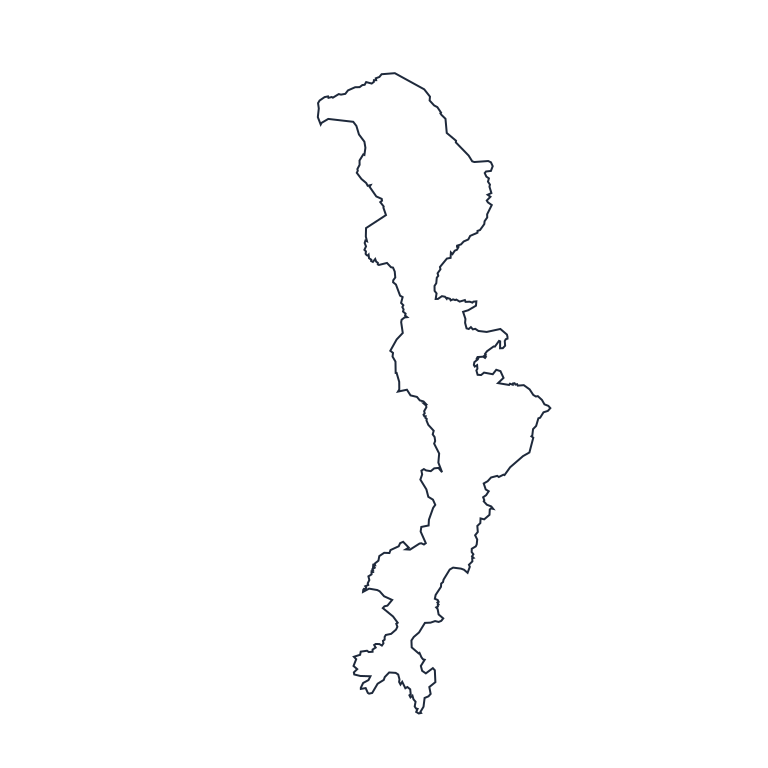 outline of Zacapala, Puebla, Mexico, rotated 301°
{"feature_id": "50627088B97591121606853", "entity_name": "Zacapala", "entity_type": "district", "adm_level": 2, "iso_a3": "MEX", "parent_name": "Mexico", "parent_adm1": "Puebla", "projection": "albers", "projection_center": [-98.077, 18.596], "detail": "fine", "context": "isolated", "style": "outline", "palette": "slate", "viewbox_px": 768, "rotation_deg": 301, "n_neighbors": 0, "source": "geoboundaries", "source_scale": "gbopen_adm2", "svg_char_len": 6166}
<svg xmlns="http://www.w3.org/2000/svg" viewBox="0 0 768 768"><g transform="rotate(301 384 384)"><path d="M110.9,530.7L113.1,533.0L123.8,532.9L130.2,536.2L133.2,535.6L139.4,537.0L142.4,542.8L142.3,545.8L138.8,549.4L136.4,550.4L134.9,552.9L138.1,553.0L134.2,559.0L136.3,560.1L135.8,563.7L131.8,566.7L130.3,566.1L129.0,568.1L131.5,568.9L128.9,571.7L127.9,574.7L123.4,576.4L122.3,578.7L122.8,580.1L119.5,580.5L119.5,583.5L121.1,585.2L121.6,584.1L127.7,584.1L135.8,580.5L139.2,583.0L142.4,583.6L147.6,578.9L154.9,581.6L164.8,575.0L165.6,572.2L157.5,568.9L157.8,564.4L161.3,560.8L168.6,560.9L168.1,559.2L169.0,556.9L171.8,552.9L170.9,552.5L172.5,543.4L178.3,539.6L182.5,539.8L189.1,542.0L200.3,542.1L203.4,546.8L207.1,549.9L208.2,553.4L210.5,555.1L213.6,555.5L214.6,549.5L218.7,545.9L219.4,543.8L221.0,544.8L222.5,543.8L223.1,544.3L224.2,542.3L225.4,543.0L226.5,541.3L226.1,538.2L229.8,536.9L239.5,537.3L242.4,535.8L244.6,536.6L247.0,535.8L258.8,535.9L262.2,537.8L265.4,545.1L266.0,548.2L265.2,552.9L271.5,551.7L272.8,549.9L277.5,551.1L280.1,549.3L281.1,550.3L281.6,548.2L284.1,548.3L285.1,545.7L288.0,544.1L292.1,546.3L294.2,546.1L298.7,544.0L301.3,540.0L305.5,540.6L310.4,537.1L314.4,538.2L318.5,536.0L319.6,539.6L326.2,541.8L330.9,539.3L332.5,539.8L333.2,541.9L334.3,539.0L333.5,534.3L334.8,529.9L336.1,529.8L338.0,527.3L341.3,528.8L346.0,529.0L346.0,525.5L350.1,520.7L354.0,522.9L359.0,523.9L363.6,528.4L363.4,530.3L367.8,533.1L368.0,534.2L377.6,535.0L393.8,540.3L400.2,543.9L414.9,539.6L415.1,537.3L416.3,537.6L422.1,535.0L426.4,536.0L434.1,534.0L435.5,535.2L441.9,535.3L445.3,538.3L449.0,539.0L449.9,536.1L449.2,532.0L451.7,527.6L452.8,522.1L451.5,520.6L451.5,517.6L454.4,511.6L455.0,504.4L451.5,499.5L452.4,498.2L451.2,497.0L451.9,495.5L450.9,494.3L449.7,494.8L449.1,491.8L447.6,491.7L443.5,481.3L450.8,483.3L455.0,477.2L454.0,472.9L448.4,472.2L445.3,463.9L441.7,462.6L440.1,459.5L443.2,456.2L445.2,456.2L448.1,454.1L445.7,452.8L446.6,451.2L449.3,450.2L453.4,451.7L454.3,451.6L453.7,450.4L455.3,450.3L458.5,455.0L458.4,457.2L459.7,457.3L459.7,455.4L461.4,456.2L461.8,455.1L465.1,455.4L472.6,458.6L473.2,459.8L480.2,460.4L480.4,461.6L474.4,465.1L475.9,467.4L479.2,468.1L483.0,465.4L485.1,465.3L486.5,466.5L488.1,465.5L489.7,463.9L491.1,455.4L481.5,445.2L478.1,437.6L478.3,433.8L476.6,432.0L477.5,429.2L474.8,428.3L474.2,426.1L478.2,422.0L481.7,420.3L486.6,414.6L490.6,418.2L498.5,422.5L502.4,420.6L500.6,418.2L499.3,417.9L498.7,415.1L496.4,411.6L497.6,410.1L493.6,406.4L493.6,402.5L492.6,401.8L492.1,399.6L490.0,398.1L491.0,396.7L490.3,393.8L489.3,393.9L490.2,391.3L489.1,388.4L484.7,386.4L483.5,384.5L488.7,382.4L489.9,379.4L494.1,376.8L497.3,376.9L502.3,374.5L504.7,374.8L506.5,372.9L511.4,373.3L513.1,371.7L523.9,373.3L526.4,376.1L531.2,373.6L530.6,375.8L534.7,376.0L536.7,377.4L539.6,377.3L539.2,375.9L540.2,375.4L543.3,378.1L547.2,378.9L551.3,381.8L555.4,381.6L561.8,386.2L563.4,385.3L565.4,387.0L572.7,387.6L575.3,386.4L579.9,386.7L582.6,385.0L592.9,384.2L593.2,379.5L594.2,377.6L599.3,378.8L599.6,375.4L603.0,377.7L607.4,372.8L609.5,372.1L611.0,368.9L614.3,368.0L614.5,364.9L616.7,361.7L618.7,362.0L621.7,365.9L626.7,365.0L629.1,361.5L628.8,358.5L620.8,347.1L620.3,344.9L623.4,338.9L628.1,321.1L629.6,320.5L631.5,308.5L643.0,300.1L644.3,294.6L645.1,292.9L646.0,293.1L648.8,287.1L648.6,283.5L650.5,277.1L654.0,275.4L657.3,266.7L656.0,233.2L648.3,222.4L644.8,221.9L641.8,219.5L640.4,220.8L639.2,218.9L637.7,219.7L635.2,218.7L633.6,213.2L630.5,213.3L629.1,211.5L625.9,210.2L623.5,206.4L617.1,201.9L612.8,201.4L609.9,198.1L609.2,195.9L603.1,192.7L603.1,191.4L600.7,189.0L601.7,187.9L599.3,185.3L593.8,182.8L590.8,182.8L586.6,186.2L578.7,189.8L573.8,196.1L575.7,196.0L582.5,199.7L592.9,222.6L591.0,227.4L585.0,234.0L581.6,242.4L576.9,246.4L570.3,249.2L570.2,248.0L563.0,247.9L559.3,250.2L554.5,250.5L553.3,251.7L551.0,251.9L548.1,259.1L547.1,265.3L545.5,267.9L547.6,270.1L545.6,270.1L540.8,280.8L541.5,286.7L540.1,287.9L538.0,287.1L536.0,292.3L534.8,292.7L529.8,298.7L508.4,288.3L501.0,292.5L497.6,295.9L497.4,294.2L494.9,294.8L492.7,297.7L488.9,298.1L488.4,300.2L486.1,301.2L485.5,302.8L485.7,304.0L486.9,304.2L484.1,306.4L484.0,309.1L482.8,309.6L482.9,311.6L486.6,312.1L484.9,314.2L484.7,316.3L483.3,317.1L483.4,318.3L489.3,324.2L487.7,329.8L488.4,331.8L485.9,335.3L481.1,338.8L477.7,338.5L475.9,339.4L475.4,343.0L468.0,352.3L468.1,355.2L462.3,356.9L461.5,360.0L459.4,360.1L458.0,362.4L455.9,363.0L455.4,366.3L453.6,366.8L453.2,369.4L451.7,367.4L448.2,366.0L445.8,366.9L437.4,373.8L428.7,371.9L415.7,372.3L415.3,375.7L411.9,377.2L409.1,382.3L399.5,388.3L400.0,389.1L393.7,395.9L387.2,399.9L384.7,399.9L390.9,406.6L387.9,412.6L389.9,418.9L388.4,423.1L389.4,426.9L388.5,430.1L387.7,428.4L387.2,431.2L385.9,432.3L381.4,432.4L379.8,434.0L378.0,433.7L377.1,435.2L377.8,436.3L376.3,436.9L376.1,438.6L374.6,439.2L371.8,443.0L369.5,450.7L365.9,451.7L364.6,454.7L361.5,457.2L358.7,457.7L352.8,467.1L344.6,471.1L338.3,479.2L340.1,473.9L337.6,470.5L333.4,469.0L331.6,464.6L331.6,462.0L329.0,460.7L326.1,463.3L320.8,464.4L315.5,474.6L310.1,480.1L310.1,485.5L306.8,490.2L303.2,489.9L290.8,492.4L285.7,495.1L280.7,489.6L276.4,491.4L269.1,501.8L267.0,500.9L266.7,498.0L265.5,496.6L255.4,491.6L253.5,487.9L256.5,489.5L258.6,481.7L255.9,479.8L252.5,480.2L245.0,475.1L241.9,475.7L239.4,471.1L234.1,468.6L229.7,470.2L225.1,468.5L224.2,469.6L223.5,467.9L220.9,469.2L222.2,470.1L221.8,470.7L219.2,469.4L218.4,470.8L217.5,470.0L217.0,471.2L216.2,470.2L214.4,471.4L211.1,469.7L208.4,472.4L204.8,472.7L203.6,474.0L201.0,472.1L200.5,473.4L198.7,474.0L198.1,472.3L197.0,472.2L195.0,473.1L200.9,476.6L203.9,484.3L204.1,487.0L202.1,493.4L203.1,502.2L195.8,501.1L193.7,498.9L191.3,498.4L189.4,511.5L186.4,518.7L184.8,518.0L182.8,520.5L179.7,520.8L173.5,518.8L169.8,514.8L167.6,514.8L165.2,516.2L163.3,515.4L161.4,517.1L158.7,516.9L158.7,514.0L156.9,510.8L155.2,510.0L153.8,512.6L150.5,511.0L148.6,512.1L146.4,509.0L146.6,506.8L142.6,501.9L139.6,503.0L134.7,498.7L133.8,501.9L126.6,503.1L125.8,507.9L121.3,506.7L119.7,508.1L121.5,514.0L126.5,522.9L122.2,523.2L117.0,520.1L111.6,520.6L110.7,521.2L113.9,524.9L110.9,529.2L110.9,530.7Z" fill="none" stroke="#1e293b" stroke-width="2"/></g></svg>